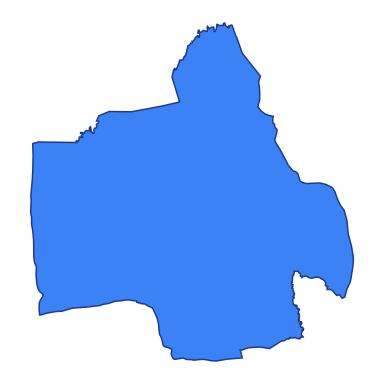 outline of Thepharak, Chaiyaphum, Thailand
{"feature_id": "78962969B2077127014439", "entity_name": "Thepharak", "entity_type": "district", "adm_level": 2, "iso_a3": "THA", "parent_name": "Thailand", "parent_adm1": "Chaiyaphum", "projection": "equal_earth", "projection_center": [101.53, 15.302], "detail": "fine", "context": "isolated", "style": "filled", "palette": "blue", "viewbox_px": 384, "rotation_deg": 0, "n_neighbors": 0, "source": "geoboundaries", "source_scale": "gbopen_adm2", "svg_char_len": 5900}
<svg xmlns="http://www.w3.org/2000/svg" viewBox="0 0 384 384"><path d="M232.2,25.6L231.8,25.1L231.0,25.1L230.0,25.9L229.4,26.8L228.9,25.9L228.2,26.9L228.2,28.0L227.8,28.0L226.9,26.7L226.2,26.4L225.2,25.3L225.0,23.4L224.3,23.0L223.4,23.7L223.2,25.4L222.9,25.6L221.6,25.3L220.1,25.6L218.4,25.2L218.2,25.4L218.1,24.7L217.0,24.4L216.2,29.3L215.3,30.8L214.5,31.6L214.2,31.5L213.8,27.6L213.6,27.1L211.1,27.4L209.7,28.7L209.3,28.8L209.1,28.7L208.7,27.7L207.9,27.9L207.8,26.4L207.5,26.2L207.4,26.4L207.1,28.0L207.5,30.0L207.4,31.0L207.1,31.3L206.1,31.3L204.0,30.5L203.1,30.6L202.1,31.7L200.6,32.4L199.6,32.0L198.9,30.1L198.3,30.4L197.8,32.9L199.5,33.9L199.7,34.2L199.5,36.7L199.2,37.4L199.0,37.6L198.5,37.5L197.8,35.7L197.5,35.6L195.1,38.2L194.4,39.6L193.2,41.1L192.9,41.4L192.0,41.3L192.2,42.9L192.0,43.3L190.6,43.3L190.3,44.2L188.7,45.5L188.0,45.6L187.7,46.1L187.4,48.4L186.9,49.7L186.9,51.5L186.3,52.5L185.6,55.6L185.2,56.1L184.6,56.1L184.3,56.9L183.9,57.1L182.9,59.8L182.4,60.2L181.3,60.0L180.9,60.2L179.9,60.0L179.7,60.2L179.2,61.7L179.4,62.0L179.3,62.5L178.9,62.9L178.6,64.1L178.1,64.8L178.1,65.3L177.8,65.7L177.8,66.4L177.0,67.6L176.9,68.4L176.5,68.5L176.1,68.8L176.0,69.8L175.5,70.0L175.0,69.0L174.7,69.3L174.4,68.8L174.0,69.8L173.5,70.1L173.6,70.5L173.3,70.9L173.3,71.7L173.0,72.1L173.1,73.7L172.5,74.2L172.4,76.2L172.0,76.9L179.6,102.0L161.2,106.2L131.1,111.8L109.3,111.5L98.8,115.8L96.6,121.0L98.5,121.0L98.7,121.5L98.6,122.1L97.9,123.6L96.8,124.0L96.5,124.5L96.4,125.0L96.7,126.3L96.5,127.2L95.4,128.4L94.5,128.2L94.0,129.2L93.9,130.1L94.1,132.8L94.0,133.2L93.5,133.4L92.9,133.3L91.8,132.0L91.4,131.2L90.5,131.8L90.1,131.6L90.1,131.0L90.9,130.6L91.1,130.2L90.7,127.1L90.4,126.8L89.3,128.1L90.0,129.3L90.0,129.6L87.8,130.8L86.4,130.5L85.4,131.1L84.1,133.4L83.3,133.8L82.9,132.7L82.5,132.5L81.8,132.7L81.3,132.5L80.7,132.5L80.5,132.9L80.5,133.3L81.9,133.2L82.4,134.0L82.3,134.6L81.3,135.5L81.8,136.3L82.5,136.6L82.6,137.0L82.3,137.4L81.6,137.6L80.7,136.9L80.0,137.1L79.2,137.1L79.0,139.7L78.3,141.3L77.6,141.8L77.3,141.5L76.9,140.6L76.5,140.7L75.9,142.0L75.9,142.5L37.8,142.0L36.6,142.7L34.6,143.0L32.7,143.7L33.1,155.1L32.8,169.8L32.3,179.6L31.0,194.2L30.9,196.8L31.2,201.2L30.8,208.2L30.7,213.1L31.6,217.4L31.6,224.5L32.7,230.4L33.6,239.8L33.8,257.4L34.5,262.2L35.0,263.8L36.3,266.4L36.4,267.9L36.0,274.3L36.7,282.5L37.5,286.8L38.3,289.2L38.9,290.4L40.1,292.1L42.7,294.0L43.0,294.7L43.0,295.5L42.7,296.5L40.4,300.0L39.3,303.1L39.1,309.6L39.6,315.0L42.6,314.5L46.1,313.3L53.6,311.9L57.5,311.4L62.0,311.2L71.9,308.3L74.0,308.0L86.3,307.1L99.9,305.5L103.3,304.3L107.8,303.6L114.0,301.6L116.5,301.1L120.9,300.8L126.3,299.9L129.6,300.0L133.8,300.8L134.9,300.6L136.6,301.2L136.7,302.1L137.1,302.1L137.3,302.5L138.2,302.5L138.8,303.0L139.8,302.6L140.6,303.5L145.4,304.1L147.1,305.6L150.8,307.1L152.4,308.1L152.9,308.7L156.3,316.0L157.3,318.6L158.5,324.0L159.0,329.9L159.6,334.1L161.6,338.4L163.1,344.8L163.5,345.8L164.5,346.6L168.2,347.6L171.6,349.2L171.9,350.1L171.3,353.2L171.3,354.6L172.5,357.4L173.6,358.8L174.3,359.3L175.0,359.3L182.5,358.1L183.7,358.3L186.9,359.5L191.3,359.6L193.0,360.0L195.3,360.1L198.5,359.6L203.0,359.3L208.5,360.1L210.2,360.6L216.2,361.0L226.9,359.2L242.2,357.9L241.8,355.6L240.1,350.1L241.5,350.2L248.2,347.8L254.9,347.2L260.7,347.1L269.5,348.5L276.9,343.9L280.0,341.8L282.0,341.0L285.0,340.4L286.6,338.9L288.7,339.1L289.1,338.7L289.5,337.7L289.8,337.9L290.2,337.7L290.4,338.0L291.0,337.5L292.6,338.0L293.9,337.7L295.4,337.7L297.4,338.5L298.4,338.5L299.4,338.9L299.9,338.7L299.9,338.3L300.3,338.0L300.4,337.3L301.5,337.2L302.0,336.5L302.5,336.9L303.2,336.9L303.0,336.4L302.2,335.9L301.6,335.1L301.4,333.1L301.5,332.6L302.1,331.9L302.1,329.8L302.5,329.6L302.9,330.4L303.2,330.4L303.5,329.6L303.5,328.5L302.4,327.2L300.7,327.2L300.4,325.5L299.9,324.0L300.0,323.6L300.4,323.4L301.0,324.3L301.3,324.4L301.8,323.4L301.8,322.7L301.3,321.8L300.2,322.0L299.3,320.8L298.5,321.2L298.6,320.2L299.0,319.6L298.6,319.2L298.7,318.5L298.8,318.3L299.3,318.6L299.4,318.2L298.8,316.5L299.5,316.0L299.4,315.0L299.2,314.6L299.1,314.0L298.7,314.4L298.0,314.1L297.9,313.8L298.2,313.5L298.3,311.2L299.0,310.7L299.4,309.4L299.0,309.3L298.6,308.5L297.8,308.8L297.4,308.5L296.7,307.3L297.1,306.2L296.4,305.3L295.9,305.2L296.0,306.0L295.6,306.2L295.0,305.3L293.3,304.4L293.3,303.5L292.9,302.5L292.8,300.6L293.0,298.9L294.0,298.0L293.2,297.1L293.9,297.1L293.6,296.2L294.2,295.5L294.0,294.6L294.5,294.0L293.7,293.4L294.1,292.8L293.8,291.8L293.3,291.4L293.4,290.9L293.1,290.5L292.8,289.2L293.0,288.7L292.6,288.5L292.6,288.0L292.0,288.0L292.3,287.1L292.2,286.4L292.5,286.6L292.7,286.4L292.1,285.4L292.6,285.3L292.9,284.7L291.7,284.3L291.4,283.5L291.7,283.3L291.5,282.7L292.1,282.5L291.7,281.8L292.4,280.6L292.6,276.0L293.5,275.5L293.8,274.8L293.5,274.5L293.5,273.9L294.2,273.2L294.0,272.1L294.3,271.3L298.4,271.4L298.6,272.2L299.3,273.2L300.4,273.4L300.5,276.3L301.5,276.5L302.0,277.6L303.4,276.3L306.3,276.0L308.2,277.3L311.4,278.3L315.4,277.3L319.0,277.4L320.0,277.8L321.9,279.2L322.5,279.1L323.7,280.1L325.7,282.5L325.8,283.4L325.3,285.5L327.7,286.5L327.0,287.3L327.2,289.6L329.7,289.4L331.6,290.0L332.7,290.9L336.7,295.5L339.6,294.7L341.7,297.9L342.2,298.3L344.7,297.1L344.9,296.7L346.8,289.3L349.9,282.7L350.8,279.4L352.9,266.2L353.3,260.3L353.3,256.9L351.4,245.8L348.3,234.4L346.9,220.3L344.1,210.2L340.6,205.6L337.7,199.7L334.9,191.8L333.0,188.5L331.8,187.3L326.1,184.5L320.5,183.1L317.7,183.0L306.6,183.6L302.4,182.5L300.2,181.0L299.9,180.5L297.9,174.0L297.4,173.2L295.8,171.7L293.1,170.9L288.6,165.7L280.8,150.9L276.0,143.0L274.7,140.1L276.8,132.2L277.0,129.5L276.7,129.0L275.3,127.7L274.7,126.5L274.4,123.9L273.2,123.2L272.8,122.5L272.8,118.6L273.3,116.4L268.2,115.2L264.9,113.9L261.3,111.2L257.8,106.7L259.6,100.1L259.7,96.4L259.7,92.6L259.4,87.2L258.7,83.0L258.8,81.7L259.0,80.3L260.5,76.2L242.3,53.3L236.7,37.4L235.7,35.7L232.2,25.6Z" fill="#3b82f6" stroke="#1e3a8a" stroke-width="1.5"/></svg>